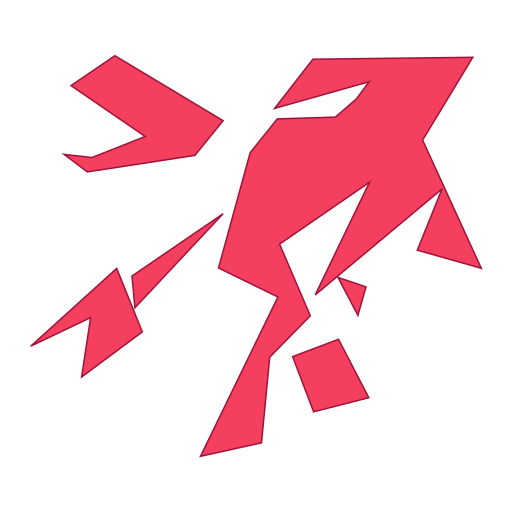 outline of Argyll and Bute
{"feature_id": "GBR-2746", "entity_name": "Argyll and Bute", "entity_type": "Unitary District", "adm_level": 1, "iso_a3": "GBR", "parent_name": "United Kingdom", "parent_adm1": "", "projection": "robinson", "projection_center": [-5.597, 55.994], "detail": "coarse", "context": "isolated", "style": "filled", "palette": "rose", "viewbox_px": 512, "rotation_deg": 0, "n_neighbors": 0, "source": "natural_earth", "source_scale": "10m", "svg_char_len": 724}
<svg xmlns="http://www.w3.org/2000/svg" viewBox="0 0 512 512"><path d="M481.3,268.3L417.3,250.2L442.0,189.0L315.2,294.9L369.5,182.2L279.6,244.1L310.3,315.8L269.7,357.2L261.5,442.8L200.5,456.3L277.9,297.0L218.5,268.0L250.2,152.6L277.3,118.9L335.4,117.1L356.5,98.8L369.1,81.7L274.6,108.4L312.9,59.2L472.8,57.3L422.6,140.1L481.3,268.3ZM223.1,120.7L194.9,155.4L87.3,171.9L64.1,154.4L92.0,157.5L145.2,136.5L71.0,85.6L114.9,55.7L223.1,120.7ZM142.3,331.9L81.6,377.0L90.6,317.6L30.7,346.2L116.7,268.4L142.3,331.9ZM368.8,397.7L313.6,411.8L292.6,356.6L338.5,339.3L368.8,397.7ZM132.0,276.0L223.1,213.7L134.9,307.8L132.0,276.0ZM366.0,286.9L357.9,315.4L338.0,277.4L366.0,286.9Z" fill="#f43f5e" stroke="#9f1239" stroke-width="1.5"/></svg>